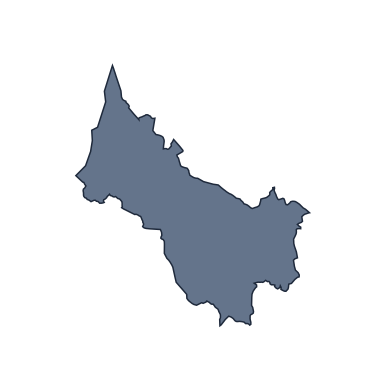 Paulistana, Piauí, Brazil (Mercator projection), rotated 253°
{"feature_id": "56859067B88497149636912", "entity_name": "Paulistana", "entity_type": "district", "adm_level": 2, "iso_a3": "BRA", "parent_name": "Brazil", "parent_adm1": "Piauí", "projection": "mercator", "projection_center": [-41.167, -8.128], "detail": "fine", "context": "isolated", "style": "filled", "palette": "slate", "viewbox_px": 384, "rotation_deg": 253, "n_neighbors": 0, "source": "geoboundaries", "source_scale": "gbopen_adm2", "svg_char_len": 4655}
<svg xmlns="http://www.w3.org/2000/svg" viewBox="0 0 384 384"><g transform="rotate(253 192 192)"><path d="M247.6,189.8L245.5,187.8L244.2,186.0L242.0,185.7L241.1,184.2L239.9,182.3L240.0,181.1L241.0,180.1L241.4,178.9L241.6,177.2L244.6,178.4L248.3,180.1L249.9,180.5L251.5,180.4L252.8,180.3L254.2,179.3L255.4,177.9L256.4,176.4L257.5,174.3L262.2,172.5L273.4,178.1L273.7,176.0L274.8,174.8L276.6,174.4L277.5,173.4L278.7,172.3L279.3,170.6L278.9,169.4L278.8,168.0L278.5,166.0L278.5,164.1L278.1,162.5L276.8,162.3L283.5,159.2L291.0,156.0L291.9,156.8L293.0,157.0L294.5,156.5L295.7,155.8L296.8,155.1L298.1,155.3L299.0,154.2L299.9,153.3L301.0,152.6L302.2,152.5L303.3,152.3L309.5,153.6L325.7,153.2L328.6,153.2L330.4,153.1L332.9,153.1L336.2,152.9L329.4,148.2L314.0,137.7L303.4,135.8L281.5,120.6L280.4,114.2L270.2,111.7L264.9,109.1L260.4,106.9L248.2,97.9L241.6,85.7L233.4,90.4L232.8,91.4L231.5,91.5L230.3,91.8L228.8,92.3L227.2,90.6L226.5,89.0L225.2,88.3L224.0,88.1L222.9,88.0L221.6,87.6L220.5,87.3L219.4,87.3L217.9,87.9L216.9,89.2L215.5,89.6L214.6,90.9L213.5,91.8L212.3,92.6L212.6,94.9L212.7,96.0L212.4,97.1L211.1,97.9L210.3,99.5L208.3,100.4L207.8,102.1L207.6,103.6L207.7,105.0L209.2,104.6L210.4,105.3L210.7,107.0L211.5,108.6L212.7,109.9L213.2,111.2L214.0,112.5L212.5,112.9L211.7,114.2L210.5,115.2L210.0,116.2L210.0,117.6L208.7,118.4L207.4,119.2L206.5,120.7L204.8,121.5L203.3,122.1L201.7,121.9L199.5,121.2L198.3,121.0L197.6,120.1L195.8,121.6L187.2,130.7L187.1,131.9L186.2,133.2L184.5,134.6L183.7,135.7L182.7,135.9L181.6,136.0L180.1,136.1L178.6,136.4L177.3,136.1L176.0,136.4L174.9,136.1L173.4,134.7L172.3,135.2L171.5,136.0L170.6,137.4L169.0,141.2L165.4,150.8L162.4,151.1L159.4,150.5L158.1,149.3L157.0,148.7L155.9,149.3L155.1,150.4L154.1,150.8L152.9,151.1L149.9,150.3L141.4,147.6L135.9,148.6L133.6,149.8L131.2,150.6L127.9,151.4L125.7,151.7L116.0,150.9L110.3,150.5L95.7,157.0L91.7,156.0L89.7,156.7L88.4,157.4L87.0,158.4L85.4,159.5L84.0,160.8L83.2,162.0L82.4,163.3L83.3,168.9L82.3,170.1L82.5,171.9L82.6,173.1L83.4,174.3L82.4,175.2L81.3,176.4L79.9,177.0L79.0,178.0L78.5,179.5L76.8,180.1L75.0,180.6L73.7,181.6L72.5,182.5L71.2,182.7L69.9,182.7L66.6,183.3L65.2,183.0L63.4,182.4L62.0,181.2L55.9,179.6L56.4,181.0L59.0,184.7L60.1,186.2L60.8,187.4L62.5,190.8L61.1,192.7L59.8,193.8L58.8,194.5L57.7,194.9L56.3,195.5L55.3,196.4L54.8,197.6L54.4,199.6L53.5,201.7L52.4,203.7L50.5,204.8L50.0,206.5L49.2,207.6L47.8,208.3L48.3,209.6L50.3,210.2L52.5,210.3L53.9,210.5L55.4,211.0L56.7,211.4L57.5,212.3L57.7,213.7L58.3,215.2L59.8,215.9L63.9,216.3L66.1,215.8L70.6,217.3L73.9,218.4L76.7,219.5L79.3,221.5L80.9,223.5L82.0,225.0L82.4,226.1L84.2,226.6L86.6,224.8L86.6,226.4L86.5,228.7L85.7,230.9L85.5,232.1L84.9,233.3L85.3,235.0L86.0,236.6L84.3,237.9L83.9,239.5L82.6,240.0L81.4,239.8L80.1,240.7L79.5,242.7L78.7,244.0L77.7,243.4L76.5,243.8L75.3,244.5L74.3,245.6L74.6,247.0L75.2,248.3L76.4,249.0L74.7,249.3L72.8,248.6L70.7,250.7L70.0,251.7L69.6,252.8L71.0,255.3L72.5,256.3L75.6,257.6L75.5,260.4L78.3,264.8L79.6,268.0L79.5,269.6L81.3,270.3L83.8,269.9L87.0,268.1L90.9,268.2L97.1,269.1L98.0,270.8L98.2,273.6L104.2,274.3L107.8,274.2L110.2,274.1L113.0,274.3L115.7,275.0L117.3,275.4L118.4,276.5L119.9,277.9L121.5,279.3L123.1,280.1L125.5,280.7L126.1,281.8L125.7,283.7L125.1,285.2L126.6,285.7L128.1,284.4L130.2,283.3L130.8,285.1L131.0,287.8L131.7,289.1L133.2,289.3L136.3,289.8L137.4,292.0L137.8,293.5L137.8,295.3L137.9,297.0L137.8,298.3L142.3,295.5L144.2,293.7L146.8,292.3L148.9,291.2L151.4,289.2L152.6,288.1L153.3,286.8L153.8,285.3L153.8,283.5L152.9,282.3L152.2,280.7L151.8,279.7L152.5,278.3L154.5,278.0L156.0,278.1L157.3,278.1L158.7,277.9L159.4,277.0L159.3,275.1L159.3,272.7L160.1,272.0L161.3,271.8L163.0,271.5L165.0,271.5L166.7,271.2L168.7,271.0L169.9,271.1L171.0,271.9L172.4,272.2L172.5,270.5L171.1,270.2L170.2,268.9L169.6,267.3L168.7,266.1L167.2,265.8L166.3,265.2L165.6,263.5L165.1,262.2L164.9,260.9L165.0,258.6L165.1,257.2L165.0,255.7L163.7,255.2L161.6,253.9L160.2,253.0L159.4,252.3L158.9,251.0L158.7,249.9L158.7,248.6L158.7,247.3L158.6,245.9L158.6,244.8L159.4,243.9L160.2,243.2L161.6,242.4L163.5,241.0L164.6,239.6L165.4,238.3L167.9,237.5L169.6,236.4L171.2,235.9L172.1,234.5L173.1,232.5L174.3,231.8L176.9,230.0L178.5,228.6L179.5,227.3L182.3,224.9L183.3,224.3L185.2,222.9L187.7,221.2L191.0,219.2L192.0,217.2L193.2,214.6L198.6,206.0L199.5,205.2L203.4,201.5L204.1,199.7L205.1,198.1L206.4,196.8L207.3,196.0L208.8,194.8L210.1,194.9L211.6,194.8L213.4,195.1L216.0,194.4L216.8,193.3L217.3,192.3L218.1,191.2L219.1,189.8L220.4,188.8L223.3,188.8L225.2,188.8L226.9,188.9L228.4,188.9L229.8,188.3L231.8,188.3L233.4,195.0L234.4,195.5L239.2,193.6L247.6,189.8Z" fill="#64748b" stroke="#1e293b" stroke-width="1.5"/></g></svg>